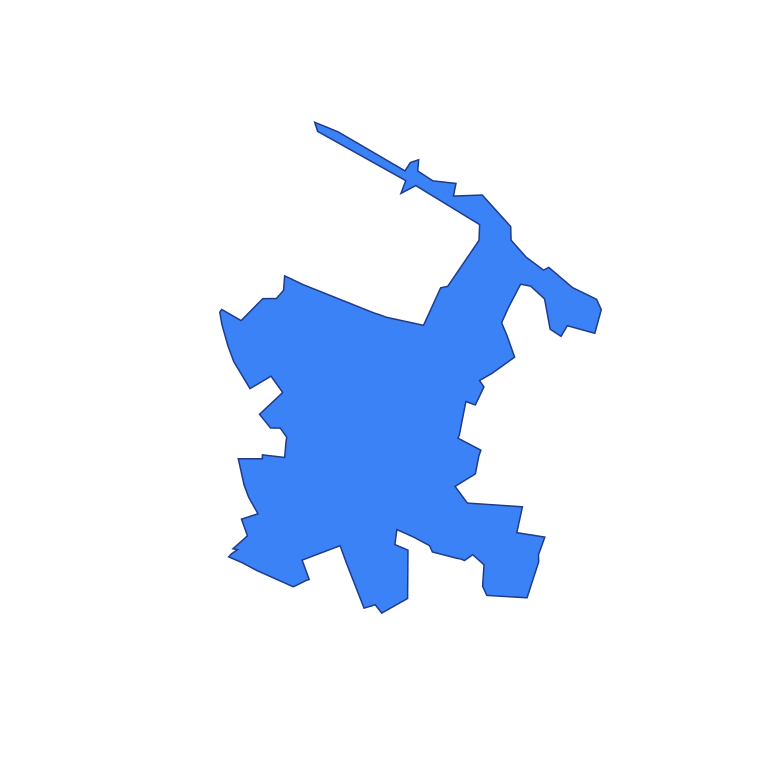 outline of Nurafshon city, Tashkent, Uzbekistan, rotated 57°
{"feature_id": "79887680B3865119870711", "entity_name": "Nurafshon city", "entity_type": "district", "adm_level": 2, "iso_a3": "UZB", "parent_name": "Uzbekistan", "parent_adm1": "Tashkent", "projection": "orthographic", "projection_center": [69.353, 41.047], "detail": "fine", "context": "isolated", "style": "filled", "palette": "blue", "viewbox_px": 768, "rotation_deg": 57, "n_neighbors": 0, "source": "geoboundaries", "source_scale": "gbopen_adm2", "svg_char_len": 1598}
<svg xmlns="http://www.w3.org/2000/svg" viewBox="0 0 768 768"><g transform="rotate(57 384 384)"><path d="M435.0,198.5L456.3,179.6L440.0,161.3L428.8,159.6L405.6,173.5L375.9,182.3L375.4,188.2L355.1,195.7L332.6,199.1L321.0,192.0L307.9,194.1L279.0,198.7L264.2,223.4L255.0,214.4L240.2,232.4L223.7,239.7L214.8,232.8L212.6,241.3L216.7,250.3L147.3,285.3L126.8,299.6L136.0,302.1L225.3,255.0L233.4,266.0L234.9,249.3L302.4,217.0L315.3,226.1L336.8,277.4L334.2,284.1L356.3,318.9L329.2,345.8L323.3,350.1L319.1,353.6L302.3,365.5L256.5,397.8L239.2,408.4L250.7,417.2L253.7,427.7L246.4,439.1L253.0,469.3L233.1,479.5L234.3,482.6L245.7,487.5L266.9,494.1L283.4,497.8L314.9,498.9L315.9,474.5L336.0,473.6L341.6,504.9L359.1,503.1L364.5,495.0L375.7,494.6L379.2,497.7L391.5,507.3L377.2,524.6L380.5,526.7L367.3,546.9L392.3,556.3L405.4,559.2L424.2,560.4L419.7,577.1L437.0,581.2L439.9,600.4L443.1,597.1L443.4,604.8L444.4,608.4L456.9,600.1L471.1,592.3L504.7,570.5L506.4,556.1L507.2,553.2L487.1,548.6L495.7,508.9L514.0,513.1L561.1,522.8L564.4,511.6L574.9,510.7L576.7,481.0L536.4,454.4L524.6,462.3L513.1,452.5L528.3,442.7L544.4,433.8L551.2,434.9L569.6,418.1L572.8,414.7L575.9,412.7L575.5,402.5L590.1,398.6L607.4,411.5L617.3,412.9L641.2,380.5L617.4,351.1L611.3,347.4L600.0,332.5L581.0,353.6L562.4,334.8L529.3,378.9L508.6,380.2L509.1,356.3L496.0,343.6L492.3,338.8L469.7,351.5L468.1,348.9L443.3,324.9L451.3,318.8L440.9,301.8L433.1,302.0L433.9,287.7L432.6,259.8L410.1,254.4L396.7,252.0L388.0,238.6L374.7,215.1L381.8,207.7L400.1,203.0L428.5,214.8L440.4,209.6L435.0,198.5Z" fill="#3b82f6" stroke="#1e3a8a" stroke-width="1.5"/></g></svg>